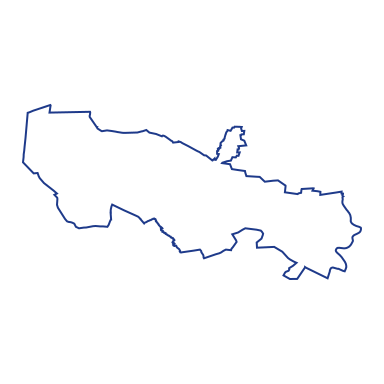 Vaidavas pag., Kocenu, Latvia
{"feature_id": "27541924B99767598145301", "entity_name": "Vaidavas pag.", "entity_type": "district", "adm_level": 2, "iso_a3": "LVA", "parent_name": "Latvia", "parent_adm1": "Kocenu", "projection": "robinson", "projection_center": [25.291, 57.431], "detail": "fine", "context": "isolated", "style": "outline", "palette": "blue", "viewbox_px": 384, "rotation_deg": 0, "n_neighbors": 0, "source": "geoboundaries", "source_scale": "gbopen_adm2", "svg_char_len": 5875}
<svg xmlns="http://www.w3.org/2000/svg" viewBox="0 0 384 384"><path d="M53.6,190.6L56.9,193.5L54.4,194.8L57.2,197.7L57.4,199.0L57.0,204.8L57.9,207.7L65.0,218.9L67.0,221.3L68.5,221.9L70.8,222.2L72.3,222.7L73.6,223.3L74.3,223.7L75.9,226.8L79.0,228.3L83.8,227.6L86.2,227.5L93.0,226.2L95.6,226.0L100.2,226.4L103.0,226.4L107.4,226.8L108.7,224.8L110.0,221.3L110.9,219.4L111.1,219.4L110.6,212.7L110.8,212.7L110.7,210.4L110.9,208.9L111.5,206.3L111.8,205.6L112.2,204.6L124.2,210.4L136.0,215.7L138.3,216.8L140.5,219.0L140.4,219.1L144.1,223.4L144.5,222.8L146.3,222.1L147.9,221.1L148.9,220.8L149.6,220.4L150.3,220.1L150.8,220.1L151.7,219.4L152.6,219.2L153.2,218.7L153.9,218.6L153.9,218.8L154.2,219.0L154.6,219.2L155.2,219.0L155.5,219.2L156.0,220.5L156.2,220.8L156.2,221.1L155.9,221.2L155.9,221.3L156.4,221.5L156.6,221.8L156.6,222.0L157.3,222.6L157.3,222.9L158.0,223.6L158.1,224.0L158.7,224.4L158.8,224.7L158.8,225.1L159.3,225.6L160.2,226.5L160.8,226.8L161.7,227.6L161.4,227.8L161.6,227.9L161.6,228.1L162.2,228.2L162.4,228.5L161.3,229.1L161.1,228.9L160.9,228.9L160.9,229.3L161.0,229.9L161.1,230.3L162.4,231.0L162.9,231.1L162.8,231.5L162.6,231.9L164.4,232.5L164.5,232.8L164.4,233.0L164.8,233.2L165.5,233.1L165.6,233.8L165.7,234.0L165.9,234.1L166.7,234.2L166.9,234.6L167.5,235.1L167.8,235.3L168.3,235.3L168.6,235.4L168.8,235.6L169.1,236.0L169.5,236.0L169.8,236.4L170.4,236.8L170.8,236.8L170.9,237.0L170.9,237.4L171.1,237.6L172.1,237.8L172.3,238.2L172.6,238.3L172.8,238.2L173.0,238.2L173.3,239.1L173.8,239.2L173.9,239.5L174.3,239.8L174.4,240.3L174.2,240.5L173.7,240.8L173.1,241.1L172.6,242.1L172.9,242.4L172.9,242.5L172.7,242.7L172.8,242.8L173.9,243.0L174.5,243.6L174.2,243.9L173.6,243.9L173.3,244.0L173.2,244.1L173.5,244.4L173.7,244.9L173.3,245.3L173.4,245.5L174.4,246.0L174.7,246.0L175.1,245.7L175.8,245.5L176.2,245.9L176.5,246.2L176.7,247.1L176.9,247.4L179.2,249.2L180.1,250.9L180.0,251.1L179.9,251.3L179.8,251.5L180.0,251.7L180.3,252.3L181.1,252.5L181.3,252.4L191.8,250.9L194.5,250.5L199.9,249.6L201.0,250.8L201.2,251.1L201.4,252.3L201.6,252.6L203.1,254.8L203.3,255.3L203.5,256.0L203.6,257.6L203.8,258.0L204.0,258.3L215.7,254.3L219.2,253.3L221.0,252.5L223.5,250.8L225.9,249.6L231.1,250.2L231.5,248.7L232.7,247.4L236.6,241.9L236.1,240.4L232.3,234.3L238.1,232.5L242.6,229.7L245.3,228.3L256.6,229.7L260.8,230.6L261.8,231.6L262.4,232.5L263.1,233.6L262.8,235.0L261.5,238.6L256.7,242.5L257.0,247.7L274.2,246.9L282.3,251.7L288.0,258.0L289.9,259.4L293.6,261.5L296.5,262.8L293.0,265.8L289.1,268.2L289.3,269.5L288.5,270.8L285.9,271.8L285.1,272.5L283.5,275.4L289.9,279.0L297.2,278.9L305.1,267.3L305.1,267.1L306.2,267.8L327.6,278.3L329.8,271.4L329.9,270.3L330.4,269.1L330.7,268.5L331.4,267.9L332.3,267.6L332.9,267.5L337.5,268.8L338.5,268.8L343.1,270.9L344.7,271.3L345.7,269.0L346.3,267.1L346.2,265.4L345.8,263.7L344.9,261.8L341.7,257.2L339.8,255.1L337.2,252.8L336.1,251.5L335.9,250.9L335.8,250.2L336.0,249.7L336.4,248.9L336.9,248.3L337.6,247.9L339.2,247.8L343.5,248.3L344.8,248.3L346.1,248.1L347.0,247.8L348.4,247.1L349.3,246.5L350.7,245.0L351.4,243.9L352.8,241.3L352.9,240.4L352.5,238.6L352.4,237.2L353.0,236.2L353.9,235.3L354.6,234.9L357.0,233.8L358.7,232.9L359.3,232.5L360.2,231.6L360.4,231.2L360.8,230.1L361.0,229.0L360.9,227.9L360.7,227.6L359.0,226.8L356.3,226.0L353.8,224.8L352.0,223.5L351.6,223.0L350.9,221.8L350.7,221.0L350.8,220.2L350.8,217.8L350.3,215.3L350.1,214.8L349.1,212.9L348.3,212.0L347.9,211.3L346.6,209.8L343.8,205.8L342.9,204.3L342.5,203.3L342.4,202.7L342.4,201.2L342.7,199.6L342.7,198.9L342.5,197.7L342.5,197.2L342.6,196.9L343.3,196.4L342.6,195.8L342.3,195.2L342.3,194.9L342.6,194.5L343.0,194.1L343.0,193.9L343.0,193.6L341.5,193.4L341.6,191.6L336.2,192.5L320.3,194.9L320.4,191.8L317.4,191.2L312.5,190.7L313.6,188.4L313.2,188.3L301.7,189.0L301.4,190.1L301.1,192.8L298.4,193.4L297.7,194.1L284.9,192.3L285.6,185.9L285.5,185.6L278.0,180.4L273.2,180.7L264.8,181.7L259.7,176.9L256.0,176.7L246.4,176.1L245.3,172.7L245.0,171.0L238.4,170.1L231.9,169.1L230.0,164.2L222.1,163.1L222.4,162.7L227.1,161.2L230.9,160.6L232.4,157.2L235.8,157.4L236.8,155.7L238.5,155.8L239.7,152.4L237.2,152.4L237.6,149.4L238.6,149.5L239.1,148.1L238.3,146.2L246.2,145.4L244.3,140.7L241.0,139.3L240.4,135.2L241.2,135.1L241.5,134.4L243.8,134.3L244.3,130.9L241.9,131.0L241.1,128.5L241.7,127.0L239.3,126.8L234.6,126.7L234.1,127.6L232.5,127.6L230.6,130.8L227.6,130.1L227.5,130.6L227.2,131.2L226.3,132.3L226.3,132.5L225.9,133.3L225.9,133.9L225.6,134.3L224.8,137.1L224.6,137.9L224.6,138.5L224.3,139.0L223.5,139.5L223.4,139.6L223.6,140.5L222.7,141.1L222.1,141.4L221.8,141.7L220.9,142.7L220.6,143.0L220.6,143.6L220.4,144.1L220.5,144.4L221.0,145.3L220.8,145.5L220.3,145.7L220.3,146.2L220.1,146.5L220.4,147.1L220.4,147.7L220.4,147.8L219.9,148.0L218.5,148.1L218.4,148.2L218.4,148.5L217.9,148.8L218.0,149.1L218.6,149.4L218.4,149.6L218.5,149.7L218.3,150.1L217.8,150.4L217.9,150.5L217.6,150.7L217.5,150.8L217.8,151.1L217.1,151.6L217.3,152.5L217.7,152.5L217.1,152.8L217.1,153.3L217.1,153.8L218.8,154.1L217.8,156.7L215.8,159.9L214.8,159.7L214.6,158.5L214.1,159.0L214.0,159.5L213.5,159.5L213.1,159.7L212.8,160.3L212.4,160.5L206.1,155.5L204.1,155.3L199.4,152.0L198.0,151.4L196.4,150.6L188.4,146.2L182.3,143.1L181.7,142.7L180.8,142.1L178.6,141.4L178.5,142.0L173.1,142.6L172.4,141.4L171.7,140.9L170.8,140.5L170.1,139.9L165.8,136.8L164.6,136.1L163.6,135.7L162.8,135.6L162.1,136.0L161.9,136.3L156.1,134.0L149.4,132.6L146.3,130.0L142.4,131.3L142.0,131.3L137.4,132.5L124.4,132.9L122.4,132.8L118.0,132.1L117.8,132.1L115.4,131.6L111.7,131.0L107.0,130.4L101.9,131.2L100.9,130.7L97.5,128.5L96.9,127.3L97.0,127.1L96.7,127.1L89.8,117.1L89.6,116.0L90.0,114.6L90.2,112.4L90.0,111.8L49.5,112.6L50.6,105.4L50.3,105.0L33.2,110.7L29.4,112.3L27.7,112.8L25.5,138.1L24.6,146.5L24.2,150.8L23.7,154.3L23.6,157.1L23.0,162.3L33.7,173.4L37.6,173.0L38.7,176.2L39.7,178.1L40.2,178.7L44.0,183.1L53.6,190.6Z" fill="none" stroke="#1e3a8a" stroke-width="2"/></svg>